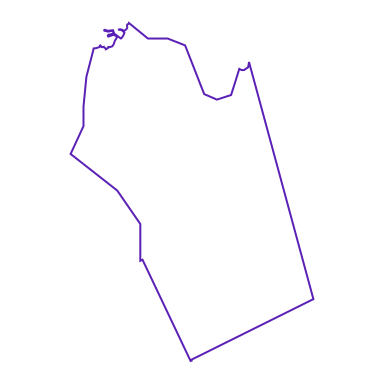 outline of 48, Ad Dawhah, Qatar
{"feature_id": "91078587B17099224452406", "entity_name": "48", "entity_type": "district", "adm_level": 2, "iso_a3": "QAT", "parent_name": "Qatar", "parent_adm1": "Ad Dawhah", "projection": "robinson", "projection_center": [51.565, 25.262], "detail": "fine", "context": "isolated", "style": "outline", "palette": "violet", "viewbox_px": 384, "rotation_deg": 0, "n_neighbors": 0, "source": "geoboundaries", "source_scale": "gbopen_adm2", "svg_char_len": 1220}
<svg xmlns="http://www.w3.org/2000/svg" viewBox="0 0 384 384"><path d="M190.6,361.0L191.6,360.6L191.2,359.8L313.4,299.1L249.0,62.0L248.2,67.2L244.0,70.1L241.4,70.0L239.3,68.9L235.5,81.1L231.1,95.0L216.9,99.6L204.2,94.1L200.3,84.2L192.8,65.0L185.1,45.4L167.6,38.5L147.9,38.5L128.9,23.0L128.7,23.7L127.8,24.2L127.3,24.5L127.1,24.9L127.2,28.0L126.6,28.9L125.7,29.8L124.0,30.9L123.3,30.7L122.5,29.9L120.6,29.3L119.6,29.3L118.9,29.5L119.0,29.8L120.4,29.9L121.4,30.0L122.1,30.3L122.7,30.7L122.6,31.0L123.1,31.3L124.4,32.5L124.0,34.0L123.2,35.6L122.2,37.3L120.9,38.5L120.5,38.3L114.3,33.6L113.0,30.2L107.8,30.8L104.8,29.8L104.2,30.2L104.5,30.8L105.4,30.9L107.8,31.6L112.2,30.9L112.9,31.3L113.6,33.3L109.8,34.7L109.1,34.5L108.6,34.6L108.2,35.0L107.9,35.4L107.9,35.9L108.3,36.6L113.5,34.8L116.4,36.1L117.0,37.1L116.6,37.9L115.4,39.9L115.1,40.3L113.5,44.6L112.3,46.3L109.6,47.2L109.2,47.0L108.4,47.0L108.4,47.5L107.7,48.2L106.6,48.9L105.9,49.2L105.9,48.6L104.1,47.4L103.9,46.8L101.7,47.2L100.3,45.4L99.9,45.6L100.0,46.7L98.5,47.4L95.8,48.2L93.7,48.4L93.2,50.5L86.4,76.8L83.5,106.6L83.5,126.1L70.6,154.0L100.6,177.5L117.3,190.6L140.3,224.0L140.3,260.8L142.5,259.7L190.6,361.0Z" fill="none" stroke="#5b21b6" stroke-width="2"/></svg>